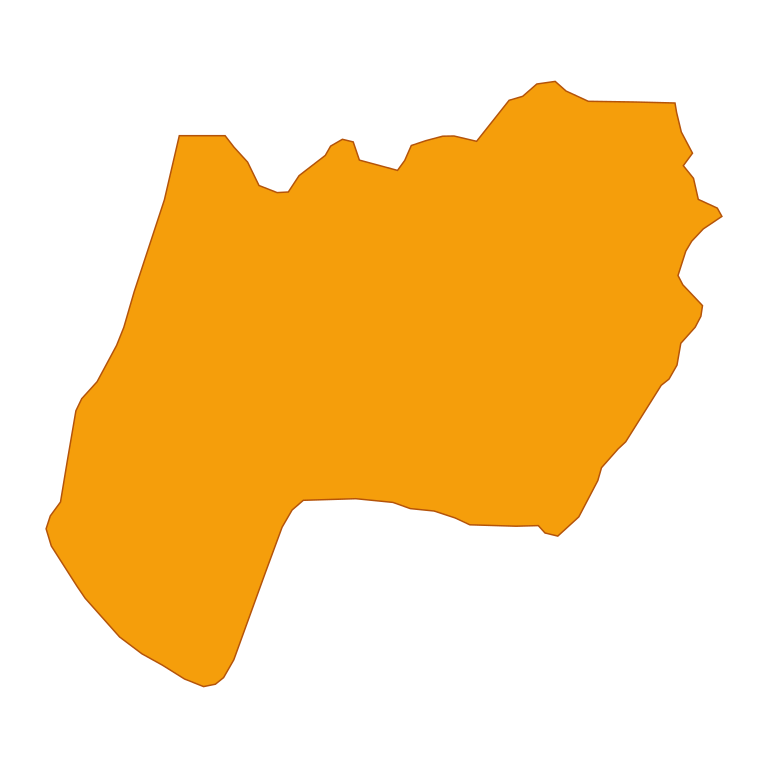 outline of Equador, Rio Grande do Norte, Brazil
{"feature_id": "56859067B16316306157481", "entity_name": "Equador", "entity_type": "district", "adm_level": 2, "iso_a3": "BRA", "parent_name": "Brazil", "parent_adm1": "Rio Grande do Norte", "projection": "orthographic", "projection_center": [-36.654, -6.891], "detail": "fine", "context": "isolated", "style": "filled", "palette": "amber", "viewbox_px": 768, "rotation_deg": 0, "n_neighbors": 0, "source": "geoboundaries", "source_scale": "gbopen_adm2", "svg_char_len": 1198}
<svg xmlns="http://www.w3.org/2000/svg" viewBox="0 0 768 768"><path d="M721.9,216.4L717.3,208.1L698.3,199.4L693.5,178.3L683.3,165.7L692.5,153.2L681.3,132.0L676.6,112.5L675.0,103.0L635.0,102.0L588.3,101.3L566.0,91.0L555.2,81.4L536.8,84.0L522.7,96.3L509.1,100.3L476.6,141.3L454.0,136.0L442.6,136.2L425.7,140.7L411.3,145.5L404.7,160.5L397.5,170.4L359.4,160.1L353.2,141.9L342.4,139.3L330.6,146.1L325.3,155.4L299.1,175.6L288.3,192.0L277.1,192.6L259.0,185.5L247.6,162.1L234.0,147.2L225.1,135.7L179.3,135.7L164.4,199.8L134.2,291.7L123.8,327.4L116.6,345.4L97.1,381.7L81.7,398.7L75.9,410.8L67.3,461.0L60.5,502.0L50.3,515.9L46.1,528.8L51.3,546.0L77.1,586.4L85.2,598.3L119.6,637.0L141.9,653.8L162.3,665.1L184.5,679.0L203.6,686.6L215.4,684.2L223.6,677.6L233.8,659.8L265.3,572.8L282.1,527.2L292.1,510.0L303.3,500.3L355.8,498.7L392.9,502.4L410.3,508.6L434.0,511.0L455.0,517.9L469.8,524.8L516.1,526.2L538.3,525.6L545.0,533.0L557.8,536.1L578.8,516.9L597.8,480.6L601.5,467.7L618.1,448.9L625.7,441.8L661.2,385.3L669.0,379.1L677.0,365.1L680.8,343.3L695.2,327.2L700.9,316.3L702.5,305.6L682.8,284.8L678.0,275.5L685.8,251.1L691.7,241.2L703.3,228.9L721.9,216.4Z" fill="#f59e0b" stroke="#b45309" stroke-width="1.5"/></svg>